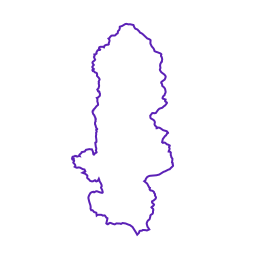 Quynh Nhai, Son La, Vietnam (Albers equal-area conic projection), rotated 24°
{"feature_id": "81297802B11613956410948", "entity_name": "Quynh Nhai", "entity_type": "district", "adm_level": 2, "iso_a3": "VNM", "parent_name": "Vietnam", "parent_adm1": "Son La", "projection": "albers", "projection_center": [103.617, 21.775], "detail": "fine", "context": "isolated", "style": "outline", "palette": "violet", "viewbox_px": 256, "rotation_deg": 24, "n_neighbors": 0, "source": "geoboundaries", "source_scale": "gbopen_adm2", "svg_char_len": 5800}
<svg xmlns="http://www.w3.org/2000/svg" viewBox="0 0 256 256"><g transform="rotate(24 128 128)"><path d="M183.5,142.8L183.3,142.7L183.2,141.9L182.2,141.6L181.6,139.4L181.1,138.0L179.4,137.0L179.0,136.2L178.3,135.7L177.3,133.7L177.1,133.0L176.2,132.6L174.7,133.0L174.6,132.6L174.6,130.6L174.3,129.7L173.4,129.0L173.2,128.4L173.4,127.5L173.4,127.2L173.2,127.0L171.0,126.9L170.2,127.1L168.3,126.5L167.5,126.4L166.5,126.8L166.0,127.4L164.9,127.1L164.3,123.9L165.1,120.3L165.7,119.4L165.9,117.5L166.6,116.2L166.4,115.9L165.4,115.8L165.1,115.3L164.5,115.2L160.9,115.7L157.6,115.0L156.5,115.0L156.0,115.1L155.1,115.5L154.6,116.4L154.2,116.6L153.7,115.6L153.6,115.4L151.6,114.7L150.7,113.8L150.2,111.8L149.6,111.1L148.7,110.5L147.6,110.2L144.8,109.9L144.2,109.3L143.3,107.7L144.1,104.5L145.2,104.0L146.1,103.8L147.3,103.0L148.1,99.2L148.8,97.6L151.1,95.5L152.0,93.4L152.6,92.6L153.1,91.0L153.3,89.8L153.4,89.6L153.3,89.1L153.1,88.9L151.8,88.7L151.1,88.5L150.8,88.1L150.9,86.9L150.8,86.7L147.9,87.0L147.4,86.7L147.2,85.8L147.4,84.2L148.0,83.3L147.8,81.7L147.9,80.7L147.7,79.7L146.4,77.8L145.6,76.9L144.1,76.1L142.4,75.7L142.1,75.5L141.5,74.4L140.7,73.6L140.1,73.4L139.8,72.9L139.8,72.3L141.8,68.8L141.8,67.1L141.6,65.9L141.3,65.4L139.6,64.4L135.7,63.5L134.0,62.4L133.4,61.8L133.2,59.9L132.0,58.1L131.5,56.5L131.6,55.5L131.5,54.5L131.9,54.1L132.0,53.6L131.6,52.7L131.4,51.8L131.3,51.3L130.2,49.8L129.7,49.3L129.2,49.2L128.6,48.2L128.5,47.1L127.9,46.8L127.3,46.7L124.3,46.8L122.4,47.0L121.3,47.0L120.7,46.8L120.3,46.1L119.2,45.1L118.3,44.6L116.5,43.8L114.6,42.2L114.1,41.7L113.5,40.3L113.1,39.0L112.6,38.4L110.7,38.2L109.3,38.4L103.4,36.3L102.1,36.0L99.9,35.9L99.0,35.1L97.8,34.8L96.7,34.2L94.3,34.3L93.2,33.7L91.9,32.6L91.4,31.9L91.1,31.7L87.6,32.4L86.4,33.1L84.2,33.5L83.3,34.1L81.1,37.2L79.3,38.8L79.4,39.2L80.0,40.5L80.1,42.1L79.7,42.9L79.5,43.5L79.6,44.3L80.0,45.2L80.0,45.8L79.2,46.8L78.9,47.9L78.5,48.7L77.9,49.1L76.1,49.9L75.3,50.4L74.6,52.2L74.5,53.4L73.8,54.2L75.1,55.0L75.5,55.5L75.8,56.6L75.9,58.3L76.4,59.4L76.2,59.8L74.3,60.9L73.2,62.2L73.1,62.5L73.2,64.1L72.1,64.0L71.7,64.2L69.8,65.0L69.0,65.8L69.0,66.8L69.2,67.4L70.6,67.6L70.6,68.1L68.8,69.2L68.6,69.5L68.4,71.8L68.9,72.5L69.0,72.8L68.2,74.1L68.1,74.3L67.6,74.3L67.3,74.5L68.1,75.7L68.0,77.0L70.2,79.0L69.9,80.0L68.9,81.9L68.9,82.6L69.0,82.9L69.6,83.5L71.1,84.3L70.5,86.4L70.6,86.9L71.3,87.5L72.8,88.0L72.7,88.4L71.9,89.3L72.0,89.7L72.8,90.3L73.7,90.0L75.1,90.6L76.6,90.5L77.2,90.6L77.9,91.4L78.3,92.7L78.5,93.0L81.0,94.1L82.1,94.9L82.3,95.2L82.4,97.8L83.1,98.5L83.2,99.5L84.1,100.5L84.6,101.7L84.9,103.9L84.3,105.3L85.7,106.6L86.0,106.7L86.4,106.3L86.8,106.3L87.3,106.8L87.6,107.5L88.2,107.8L88.5,108.2L89.1,109.8L89.1,110.2L88.2,112.3L87.3,113.2L88.2,113.8L89.2,116.3L90.2,117.3L91.2,118.9L91.2,119.3L90.4,120.7L89.6,123.9L89.0,125.2L89.0,125.5L89.3,126.1L88.8,126.7L89.0,127.6L89.4,128.2L90.7,129.5L92.2,130.2L93.0,131.2L93.8,131.6L94.1,132.3L95.0,132.9L94.9,133.8L95.7,134.9L95.6,136.2L96.3,137.9L97.2,138.7L98.8,140.7L100.3,141.5L100.3,141.8L99.7,142.3L99.7,142.7L100.9,144.1L100.8,145.4L101.5,146.6L102.1,148.7L103.9,151.6L104.8,153.5L104.7,154.0L104.1,154.6L104.1,154.8L106.4,158.5L107.2,159.3L107.6,160.2L107.8,161.6L109.2,162.9L109.1,163.4L108.1,164.4L107.9,166.0L107.7,166.2L107.1,166.1L106.3,165.0L105.6,163.9L103.7,162.2L102.6,162.7L101.3,163.0L98.5,165.0L98.0,167.1L95.5,168.9L95.6,169.8L94.5,172.1L94.6,172.7L95.3,173.3L94.7,173.4L93.2,174.8L92.7,174.9L92.0,174.7L91.6,175.0L91.0,175.0L90.7,175.7L89.5,176.4L89.1,176.9L89.2,178.2L90.2,178.2L89.8,178.8L89.8,179.2L90.3,179.5L91.5,179.1L92.1,179.8L92.2,180.3L92.0,181.3L92.1,181.9L94.3,182.9L95.0,183.5L95.4,184.3L95.1,185.1L96.6,185.2L97.5,185.1L98.9,184.1L100.3,183.7L103.3,184.0L105.1,183.6L106.7,185.0L106.6,185.3L105.9,185.9L105.6,186.4L104.8,187.1L104.6,187.4L107.5,187.2L109.8,187.8L110.2,188.0L110.4,188.4L110.8,189.8L111.1,190.2L111.4,190.4L113.5,190.9L114.5,191.6L115.8,191.6L116.9,191.4L117.8,190.8L118.9,189.3L119.3,189.1L119.6,189.1L120.2,189.7L120.8,189.7L121.5,189.0L121.9,188.3L122.0,186.2L123.0,187.2L123.6,188.2L125.3,189.3L126.5,190.3L127.1,190.9L127.7,192.0L127.5,193.1L127.6,193.5L129.5,195.0L130.9,196.7L131.1,197.2L131.0,197.5L130.7,197.8L128.6,198.2L125.6,198.4L124.7,198.7L123.2,200.5L122.8,200.3L122.4,200.3L121.3,201.1L120.6,201.9L120.1,202.8L119.9,204.8L119.9,206.6L120.2,207.9L121.1,209.2L122.9,211.5L125.1,213.9L126.1,215.5L126.5,216.8L127.1,217.5L127.9,218.1L128.8,217.6L129.2,217.6L131.3,218.6L132.9,218.3L133.5,218.3L135.0,220.7L135.4,219.9L136.1,219.4L138.6,218.3L139.3,218.1L140.6,218.3L142.0,217.4L142.6,217.4L144.7,218.7L145.9,218.8L146.1,219.3L147.0,224.0L148.3,224.3L148.8,224.1L149.3,223.3L149.2,223.1L149.4,222.8L150.1,222.0L150.8,221.8L153.5,221.7L155.1,221.4L156.2,219.9L159.7,218.5L160.6,218.5L161.7,217.0L164.6,216.2L167.9,216.1L169.2,215.9L172.4,216.6L177.8,220.2L179.8,221.7L180.6,219.5L180.7,219.1L180.4,217.8L180.7,217.1L182.4,216.2L183.1,215.1L185.5,214.2L187.0,213.9L188.7,212.0L187.1,210.9L186.0,210.3L184.2,208.1L183.8,207.4L183.7,205.8L183.8,204.8L184.1,203.9L184.7,203.0L184.8,202.4L184.4,199.8L184.0,198.8L184.3,197.9L185.3,196.4L185.3,195.3L184.6,193.7L184.5,192.6L184.0,191.8L181.7,191.0L181.7,190.7L182.7,188.9L183.0,187.8L183.0,187.5L182.8,187.3L182.0,186.9L180.6,186.5L180.0,185.9L179.8,185.2L180.9,183.8L182.0,181.4L181.9,180.2L181.4,179.6L180.2,178.8L179.9,178.4L179.7,177.7L179.3,177.2L178.4,176.8L177.9,176.0L176.9,175.6L176.3,175.5L175.3,175.5L173.9,175.9L172.9,175.4L172.6,175.1L172.4,173.8L171.8,173.8L171.4,173.6L168.1,171.0L164.5,170.0L165.0,169.1L165.2,168.6L165.0,167.5L165.3,165.6L165.6,164.8L166.5,163.6L167.4,162.8L173.2,159.6L175.5,157.8L178.3,153.6L179.5,152.5L181.9,149.5L182.9,148.7L183.3,147.3L183.8,146.2L184.5,144.4L184.3,143.7L183.5,142.8Z" fill="none" stroke="#5b21b6" stroke-width="2"/></g></svg>